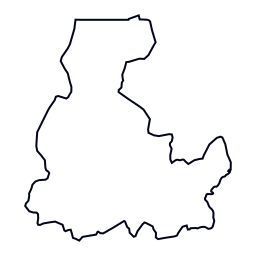 an SVG outline of Ségou
{"feature_id": "MLI-2810", "entity_name": "Ségou", "entity_type": "Region", "adm_level": 1, "iso_a3": "MLI", "parent_name": "Mali", "parent_adm1": "", "projection": "robinson", "projection_center": [-5.293, 14.054], "detail": "fine", "context": "isolated", "style": "outline", "palette": "ink", "viewbox_px": 256, "rotation_deg": 0, "n_neighbors": 0, "source": "natural_earth", "source_scale": "10m", "svg_char_len": 2781}
<svg xmlns="http://www.w3.org/2000/svg" viewBox="0 0 256 256"><path d="M230.3,170.4L230.0,169.9L229.8,169.7L229.5,169.6L229.3,169.7L229.1,169.9L228.2,171.1L228.6,171.4L229.4,171.5L229.9,171.9L229.6,172.6L228.7,173.4L227.7,174.2L227.0,174.5L226.2,174.8L225.2,176.1L224.6,176.5L222.8,177.0L222.3,177.3L221.2,178.4L220.5,179.8L219.4,182.9L218.4,184.7L217.1,186.3L216.4,186.7L215.8,186.7L215.2,186.6L214.5,186.7L213.5,187.4L212.4,188.7L211.4,190.0L211.1,191.1L211.5,191.8L212.9,192.7L213.1,193.3L212.6,194.0L211.9,194.2L207.7,194.0L206.5,194.5L205.7,197.0L205.3,197.6L205.0,198.3L205.0,199.2L205.3,199.9L207.3,201.9L209.0,206.2L209.9,207.5L211.8,209.3L213.0,211.0L213.5,213.1L213.3,217.4L214.2,220.8L214.1,221.7L212.7,226.6L212.1,227.5L211.2,228.2L209.9,228.6L208.5,228.8L207.6,228.5L205.8,227.3L203.8,226.8L201.6,227.0L199.5,227.6L197.5,228.4L196.5,228.2L196.3,228.0L190.6,228.2L189.6,229.4L187.8,229.5L186.7,225.5L182.6,226.7L178.4,232.7L177.0,235.5L174.6,236.4L166.0,237.7L158.0,239.1L155.8,237.3L156.0,232.8L153.5,229.3L152.7,226.4L145.8,222.9L144.5,222.5L142.7,224.1L137.5,231.2L135.5,236.1L133.7,236.7L129.7,232.7L129.1,228.6L127.2,227.0L125.0,221.5L124.1,221.0L113.3,227.6L103.2,233.4L100.3,233.1L98.3,231.7L97.6,231.8L96.1,234.6L82.5,236.9L79.2,240.6L75.9,238.9L73.0,237.9L71.7,233.0L70.7,229.7L68.5,230.0L65.5,231.2L64.3,230.3L62.6,224.8L58.1,222.9L55.2,221.6L50.5,222.2L43.1,223.5L40.3,224.9L38.3,224.9L37.5,223.1L38.2,218.4L38.0,214.1L36.6,212.6L33.3,212.5L29.3,211.3L26.1,207.2L25.2,206.0L26.0,203.4L28.4,200.7L29.2,196.2L29.1,193.5L31.3,188.9L32.5,184.6L35.4,181.5L39.3,180.1L45.4,179.7L47.5,178.4L49.2,173.2L48.5,171.9L46.1,170.0L45.4,167.7L44.9,160.3L41.1,155.3L37.2,150.9L36.3,145.9L37.2,132.2L47.1,112.1L49.4,107.8L54.6,100.3L55.9,96.7L58.2,96.0L66.3,98.5L68.2,97.1L69.7,94.3L71.3,91.8L71.4,86.8L70.0,82.4L67.8,73.4L64.6,68.5L60.7,61.1L61.8,57.1L67.9,48.2L69.9,44.3L74.4,28.7L75.5,19.7L82.0,19.8L90.8,19.8L95.8,19.8L100.6,19.8L105.0,19.8L109.2,19.8L118.0,19.8L128.3,19.8L128.5,19.8L128.6,19.7L128.7,19.3L128.8,18.9L138.7,15.4L139.7,19.4L146.8,19.7L148.9,20.3L150.1,21.5L152.0,30.2L155.6,42.2L153.3,46.2L148.5,55.1L144.3,58.9L139.3,58.7L129.1,61.8L126.3,62.1L124.6,68.6L122.3,74.7L122.6,77.9L123.2,80.5L121.9,82.4L121.4,87.6L118.7,90.1L118.6,92.1L128.5,99.1L139.8,106.7L143.6,109.6L149.9,119.2L148.1,129.4L148.5,132.8L153.9,135.3L158.9,136.1L168.9,134.2L171.8,134.4L172.6,137.4L171.8,141.3L170.0,143.1L169.9,145.2L171.6,148.7L170.3,155.1L170.3,159.3L171.8,162.9L175.6,160.2L177.4,159.7L179.7,160.3L183.1,159.5L184.0,159.9L185.6,161.7L188.4,164.0L194.4,160.2L199.3,159.0L202.6,158.6L203.8,155.3L209.4,144.4L216.9,137.8L220.5,136.7L222.4,137.5L225.3,144.2L227.4,154.6L230.8,162.3L230.7,169.4L230.7,169.8L230.3,170.4Z" fill="none" stroke="#020617" stroke-width="2"/></svg>